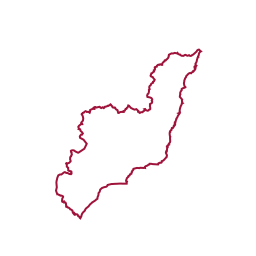 Nkhata Bay, Nkhata Bay, Malawi (orthographic projection), rotated 27°
{"feature_id": "42251766B11922581525025", "entity_name": "Nkhata Bay", "entity_type": "district", "adm_level": 2, "iso_a3": "MWI", "parent_name": "Malawi", "parent_adm1": "Nkhata Bay", "projection": "orthographic", "projection_center": [34.057, -11.614], "detail": "fine", "context": "isolated", "style": "outline", "palette": "rose", "viewbox_px": 256, "rotation_deg": 27, "n_neighbors": 0, "source": "geoboundaries", "source_scale": "gbopen_adm2", "svg_char_len": 5882}
<svg xmlns="http://www.w3.org/2000/svg" viewBox="0 0 256 256"><g transform="rotate(27 128 128)"><path d="M95.0,219.1L95.3,218.8L96.6,219.0L97.5,218.7L98.4,219.0L99.5,218.4L101.1,218.4L101.5,218.8L101.5,220.8L102.3,222.9L102.8,223.5L103.4,223.5L104.2,222.5L105.0,223.4L105.7,222.8L106.2,222.8L107.2,223.7L107.7,224.8L108.3,225.1L108.6,226.2L108.8,226.3L109.5,225.9L110.3,226.2L111.1,225.9L112.7,226.2L113.5,226.7L114.1,226.5L115.7,226.7L116.3,227.1L116.6,227.8L117.3,228.4L118.1,227.9L118.7,228.1L118.8,228.3L118.4,229.0L119.5,229.5L120.1,229.5L120.6,228.4L121.2,228.4L122.0,228.0L122.8,228.3L123.7,229.2L124.8,229.0L125.7,229.9L126.5,230.1L126.5,227.7L126.2,226.8L126.0,225.1L126.3,223.5L127.1,221.2L126.9,220.1L127.1,218.8L128.4,215.8L128.9,213.1L129.6,211.6L129.8,210.7L131.4,208.1L132.1,206.5L132.1,206.2L132.9,205.0L132.3,203.6L132.1,201.1L131.3,199.4L131.7,197.7L131.2,195.5L132.1,193.2L133.7,191.5L135.4,190.1L135.8,188.8L135.7,188.0L138.6,185.5L145.7,181.4L152.1,178.2L151.7,177.2L151.4,177.0L151.4,176.3L150.9,176.3L150.6,175.8L150.6,176.1L150.4,176.1L150.1,175.6L149.8,173.0L150.4,171.5L150.2,171.4L150.2,170.5L151.0,169.5L150.8,168.4L151.8,167.2L151.5,166.5L151.6,165.9L151.3,165.6L151.5,164.7L151.2,164.0L151.7,163.0L151.4,161.9L154.1,159.5L156.1,158.7L156.6,158.4L156.9,157.9L160.3,156.4L160.8,155.9L161.3,155.8L160.7,155.0L160.9,154.4L161.5,153.5L162.3,152.8L162.9,151.4L163.6,150.8L163.5,150.1L164.9,149.4L166.3,149.0L171.4,146.8L171.4,146.2L171.2,146.3L171.1,146.0L171.2,145.5L171.6,145.2L172.1,144.5L173.1,144.1L173.6,143.4L173.1,142.2L174.3,140.9L175.6,136.2L175.4,136.1L175.1,134.6L173.0,132.9L172.7,131.8L173.1,131.8L173.3,131.5L172.1,128.4L172.1,127.3L171.3,127.2L171.2,126.8L171.8,126.4L171.7,126.2L171.1,126.4L171.1,125.9L171.9,124.6L171.6,124.6L171.5,123.9L171.9,121.8L171.7,120.8L169.8,117.5L169.7,116.6L169.1,116.3L168.0,114.7L167.3,113.4L167.5,112.4L166.9,111.9L167.6,110.0L167.3,109.7L167.4,109.1L167.1,108.1L167.4,107.8L167.7,107.8L168.0,107.6L168.2,105.6L167.8,105.4L167.8,104.8L168.3,104.7L168.5,104.1L168.3,103.1L167.6,102.8L167.5,102.2L167.1,101.7L167.2,101.3L167.6,101.2L167.1,99.1L167.1,97.9L166.8,97.6L167.1,96.2L166.9,94.7L167.3,92.1L166.4,92.0L167.1,91.3L167.3,90.8L166.7,90.5L166.7,89.8L166.3,89.5L165.5,87.2L165.1,84.8L165.1,82.6L164.8,81.7L165.3,81.1L164.7,81.0L164.6,80.3L164.3,80.2L163.6,79.1L163.4,78.1L160.0,76.7L159.3,74.8L159.4,74.2L158.9,73.7L158.5,72.8L158.4,71.3L158.7,70.0L158.1,68.9L158.2,68.7L158.7,67.8L160.4,66.1L160.6,65.5L159.7,65.2L159.0,64.7L157.5,62.8L156.9,60.6L156.6,60.1L156.5,58.6L156.3,58.0L156.6,56.4L156.3,55.4L156.8,53.9L156.9,53.1L157.8,51.2L159.4,50.5L159.3,49.9L160.4,48.6L160.2,47.8L160.8,47.5L160.8,46.7L161.3,45.4L161.2,44.8L160.5,44.7L159.4,43.4L159.4,43.1L159.9,42.8L160.6,42.8L160.4,42.2L160.6,41.6L159.8,41.6L159.9,41.1L159.4,40.9L158.9,40.0L159.1,38.7L158.9,37.3L158.4,35.7L158.3,34.4L158.1,34.1L158.1,33.2L158.4,32.8L157.9,32.4L158.0,31.3L157.4,29.3L157.5,27.9L158.2,26.6L157.2,26.5L155.8,25.9L155.1,26.3L154.4,27.5L154.4,28.7L152.7,33.1L152.0,33.9L151.8,34.7L151.0,35.4L150.2,35.6L149.3,35.4L148.9,36.0L148.0,36.7L146.1,36.7L145.5,37.1L144.7,38.5L143.2,39.2L141.6,39.3L141.1,38.9L140.2,39.2L139.1,39.3L138.0,38.6L137.7,39.3L135.5,39.9L134.4,41.1L132.9,41.8L131.2,44.1L131.5,44.8L131.5,45.5L131.9,46.0L131.9,47.5L131.6,48.7L131.1,49.6L131.0,50.5L130.2,50.8L130.0,51.2L130.3,52.1L129.7,52.8L129.2,55.0L129.8,56.2L129.3,56.5L127.7,56.6L127.4,57.4L126.3,57.8L126.0,58.2L126.0,58.6L125.5,59.3L125.8,60.3L124.6,61.2L124.3,61.7L124.4,62.1L124.9,62.3L125.1,63.4L125.5,63.8L124.8,64.9L125.6,65.9L124.9,67.0L124.6,68.2L124.0,68.7L124.4,71.2L124.6,71.4L125.2,71.6L127.0,71.4L128.0,72.1L129.9,72.9L129.9,74.6L129.3,75.4L129.8,76.3L129.2,77.0L128.6,78.2L128.8,79.6L128.3,80.5L128.2,81.3L128.7,82.6L129.7,83.6L129.3,84.5L130.0,85.7L130.5,87.4L130.5,88.2L130.1,88.9L130.3,90.4L131.2,91.5L133.7,90.8L135.3,90.7L136.5,91.4L136.8,91.8L136.7,92.9L137.6,93.5L137.9,94.4L137.8,95.2L136.8,96.4L136.7,96.8L137.4,97.7L137.5,98.5L138.4,99.5L139.2,100.9L139.1,101.5L138.5,102.0L138.1,103.3L137.6,103.7L135.9,104.0L134.6,103.3L134.3,103.5L134.2,103.6L134.7,103.7L134.8,103.9L134.5,104.4L134.6,104.9L134.5,105.6L133.9,106.4L133.8,107.3L132.4,108.0L131.7,109.2L130.8,109.1L130.0,108.4L129.5,108.8L129.0,108.0L126.9,107.4L125.6,108.6L124.2,108.8L121.4,108.8L118.8,107.7L118.0,107.8L118.3,109.9L117.8,110.6L117.9,111.7L117.2,112.1L117.3,114.0L116.3,115.0L116.8,115.7L114.5,116.8L113.5,117.7L113.1,118.6L112.5,119.0L111.5,118.1L111.1,117.4L110.4,116.8L109.3,116.9L108.1,116.5L107.5,115.9L106.9,115.7L106.5,116.2L105.0,116.6L104.5,116.3L104.2,115.8L103.4,115.7L102.2,115.0L101.6,114.9L101.3,116.0L100.9,116.3L100.5,117.2L99.8,117.4L99.3,118.4L97.5,119.8L97.7,120.4L97.4,121.3L95.8,121.2L95.1,122.4L94.1,122.4L93.4,122.0L93.0,122.0L90.6,124.1L89.4,124.1L88.9,124.4L88.3,125.3L89.3,125.7L89.5,126.2L87.8,127.0L86.1,129.1L86.8,130.8L86.9,131.8L85.1,131.6L84.1,132.4L82.7,132.2L81.9,133.2L81.7,134.3L80.8,135.1L80.8,135.8L80.4,136.4L80.6,137.0L81.5,137.3L82.5,138.2L83.8,139.8L84.5,141.9L83.9,144.4L84.1,145.0L85.3,145.1L85.5,145.3L84.4,145.9L83.3,148.3L83.2,149.6L84.3,150.5L84.5,151.4L86.0,150.9L87.0,152.1L88.6,152.5L90.2,153.3L90.1,154.7L89.2,155.2L88.9,156.7L88.9,157.4L89.7,158.5L93.7,158.6L98.4,160.8L98.5,166.3L95.0,172.5L94.6,172.7L91.9,172.8L89.8,172.5L88.4,173.2L87.6,174.0L87.5,174.3L88.2,175.3L89.2,175.8L89.4,176.6L90.1,177.3L89.9,178.4L90.2,179.1L89.8,179.8L89.9,180.6L90.7,182.3L91.7,183.2L92.0,183.8L91.4,185.7L90.4,186.9L89.1,187.2L89.0,187.8L90.1,188.4L91.0,190.2L92.7,190.6L92.9,191.2L93.6,191.9L93.9,192.8L95.2,193.0L96.6,192.5L97.2,192.5L97.7,192.9L97.7,193.8L98.3,194.1L98.4,194.4L98.2,195.0L96.6,195.6L94.3,195.5L93.4,196.1L92.3,195.9L91.6,196.1L91.0,196.9L89.8,199.6L88.5,200.3L87.4,201.8L87.6,204.3L88.4,207.6L89.0,209.2L91.5,213.2L92.3,216.5L95.0,219.1Z" fill="none" stroke="#9f1239" stroke-width="2"/></g></svg>